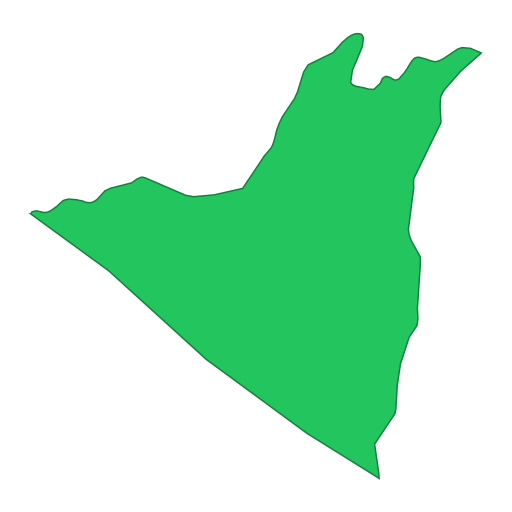 an SVG outline of Retalhuleu
{"feature_id": "GTM-1946", "entity_name": "Retalhuleu", "entity_type": "Department", "adm_level": 1, "iso_a3": "GTM", "parent_name": "Guatemala", "parent_adm1": "", "projection": "orthographic", "projection_center": [-91.761, 14.429], "detail": "fine", "context": "isolated", "style": "filled", "palette": "green", "viewbox_px": 512, "rotation_deg": 0, "n_neighbors": 0, "source": "natural_earth", "source_scale": "10m", "svg_char_len": 1511}
<svg xmlns="http://www.w3.org/2000/svg" viewBox="0 0 512 512"><path d="M379.2,478.4L307.2,433.5L206.4,359.5L108.6,270.7L30.7,213.9L30.8,213.9L31.9,211.9L33.8,211.3L36.5,210.8L43.8,212.5L47.2,212.3L50.7,210.7L56.8,206.4L63.0,200.7L65.3,199.8L68.7,199.1L75.6,199.6L82.2,200.9L85.8,202.3L87.8,202.6L89.9,202.7L91.9,202.4L94.4,201.3L97.2,199.4L104.9,190.9L110.9,188.1L131.5,182.9L137.1,179.0L140.7,177.4L142.4,177.1L145.3,177.9L185.9,195.4L193.7,196.7L213.9,194.9L242.7,188.4L264.3,156.0L271.1,148.0L272.6,145.1L274.2,140.4L276.7,130.2L279.1,123.7L282.1,117.2L294.5,98.6L297.6,91.7L303.6,72.1L308.2,64.8L333.0,52.7L342.3,42.3L347.4,37.9L350.3,36.0L352.2,34.9L354.3,34.1L357.3,33.6L359.6,33.8L361.5,34.4L362.7,36.2L363.4,37.7L362.4,46.5L352.5,70.1L350.6,82.6L352.4,84.6L355.9,86.3L364.4,87.9L368.5,89.1L373.9,89.4L380.4,83.2L382.4,78.5L383.8,77.4L386.1,76.3L390.1,77.5L394.4,80.0L396.3,80.0L398.8,79.1L403.9,73.3L407.4,68.4L408.1,66.9L412.0,60.8L414.4,58.2L416.3,57.5L418.8,57.2L426.0,59.1L430.2,60.6L434.0,61.6L436.3,61.6L439.6,60.6L443.7,58.5L457.8,49.0L462.0,47.6L470.4,48.3L481.3,53.0L460.5,71.4L444.9,89.2L443.0,92.0L440.9,96.4L440.5,98.4L440.1,106.4L440.6,115.5L441.0,122.5L413.8,178.6L413.5,183.0L413.6,185.3L413.8,187.4L408.4,229.3L408.9,233.5L410.0,237.3L411.4,240.9L420.1,256.5L420.5,261.8L417.4,308.3L417.9,317.8L417.5,322.4L416.9,325.7L409.1,337.4L400.5,363.8L397.3,385.0L395.9,408.5L395.1,413.0L394.3,414.6L374.6,444.1L378.7,472.6L379.2,478.4Z" fill="#22c55e" stroke="#15803d" stroke-width="1.5"/></svg>